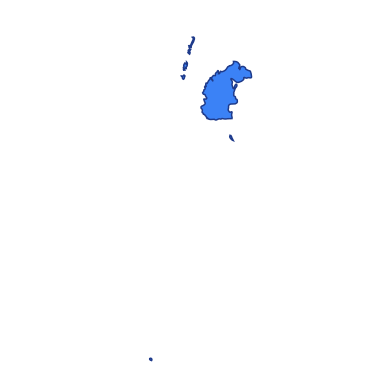 SVG path tracing the border of Western, rotated 341°
{"feature_id": "FJI-2620", "entity_name": "Western", "entity_type": "Division", "adm_level": 1, "iso_a3": "FJI", "parent_name": "Fiji", "parent_adm1": "", "projection": "natural_earth1", "projection_center": [177.638, -19.194], "detail": "fine", "context": "isolated", "style": "filled", "palette": "blue", "viewbox_px": 384, "rotation_deg": 341, "n_neighbors": 0, "source": "natural_earth", "source_scale": "10m", "svg_char_len": 4924}
<svg xmlns="http://www.w3.org/2000/svg" viewBox="0 0 384 384"><g transform="rotate(341 192 192)"><path d="M253.7,135.6L249.5,134.3L248.3,134.1L246.9,133.7L244.3,132.3L243.1,132.5L241.6,131.7L241.0,131.6L238.5,131.8L238.0,131.7L237.5,131.4L237.2,131.1L236.9,130.7L236.7,130.5L233.2,129.5L231.7,128.7L230.6,126.9L230.2,127.3L230.0,126.7L230.0,125.6L229.9,124.9L229.7,124.6L229.5,124.3L229.3,123.9L229.2,123.1L229.0,122.8L228.1,122.2L228.1,121.9L228.3,121.4L228.0,120.9L227.7,120.5L227.5,119.8L227.7,119.4L228.3,118.4L228.5,117.8L228.5,117.0L228.3,116.6L228.0,116.2L227.9,115.6L228.2,114.5L229.0,114.0L231.2,113.8L232.6,113.2L232.9,113.0L233.4,112.4L233.5,111.9L233.4,111.5L233.3,110.9L233.3,108.8L233.4,108.1L233.6,108.0L233.9,108.1L235.6,108.7L236.0,108.6L236.5,108.1L236.6,107.7L236.4,107.3L236.3,106.8L236.2,106.2L236.0,105.1L236.0,104.5L235.8,103.9L235.5,103.7L235.0,103.5L234.6,103.1L234.3,101.7L234.9,101.2L235.8,100.7L236.3,99.7L236.5,99.3L237.6,99.0L238.0,98.7L238.2,98.0L238.1,97.4L238.1,96.8L238.7,96.3L239.2,97.0L239.7,96.8L239.9,96.2L239.7,95.5L240.1,94.6L240.5,93.9L240.9,93.6L241.4,94.3L241.7,94.3L243.7,92.3L245.8,91.0L245.9,90.7L246.1,90.6L246.1,90.3L246.2,90.1L246.6,89.9L246.9,90.0L247.3,90.1L247.4,90.3L247.0,90.8L247.1,91.8L247.5,92.9L247.8,93.5L248.1,93.1L247.8,92.4L247.6,91.7L247.6,91.1L247.8,90.3L248.1,90.0L249.8,89.0L250.1,88.8L252.0,89.5L252.2,89.2L252.4,88.6L252.6,87.9L252.8,87.6L253.2,87.4L253.5,87.1L253.9,86.9L254.9,86.7L255.1,86.4L255.2,86.1L255.8,85.9L256.0,85.7L256.2,85.8L256.2,86.6L256.2,87.2L256.0,87.8L255.8,88.3L255.5,88.8L256.3,89.0L257.0,88.6L257.6,87.8L258.3,87.2L259.3,88.0L260.8,88.1L262.2,87.9L263.3,87.6L264.7,86.8L265.3,86.3L265.9,85.8L266.5,85.3L267.6,85.2L268.4,84.8L270.0,85.1L271.8,84.7L273.3,83.7L273.7,82.0L274.8,82.4L276.2,83.1L277.3,84.1L277.8,85.0L277.9,85.7L278.5,86.8L278.5,87.6L278.1,88.2L276.9,89.6L276.5,90.3L277.0,90.7L277.1,91.1L276.9,91.6L276.5,91.9L277.1,91.8L278.5,90.0L279.3,89.5L280.5,89.7L281.5,90.1L282.3,90.9L282.9,91.9L282.9,92.4L282.8,93.1L282.9,93.5L283.1,93.6L283.9,94.5L284.1,94.7L284.2,94.9L286.3,96.5L286.5,96.9L286.4,99.5L285.9,102.1L285.7,102.7L285.4,103.1L285.0,103.2L284.4,103.1L283.3,102.6L282.9,102.4L282.5,102.2L282.1,102.1L281.2,102.2L280.7,102.1L280.2,101.9L279.0,100.9L278.7,100.7L278.3,100.7L278.1,100.9L278.0,101.1L278.0,101.4L277.9,101.6L277.9,101.9L277.7,102.1L277.2,102.6L276.4,102.9L274.9,103.4L272.1,103.5L271.2,103.4L270.5,103.1L270.0,102.8L269.6,102.3L269.2,101.8L267.9,99.5L266.9,98.1L266.4,97.7L265.9,97.5L265.6,97.8L265.5,98.3L265.6,98.9L266.0,100.0L266.0,100.6L266.0,101.1L265.8,101.6L265.1,102.8L264.8,103.4L264.7,104.0L264.6,107.2L264.7,107.5L264.8,107.7L264.9,107.8L265.1,107.8L265.3,107.6L265.6,107.4L267.0,105.6L267.5,105.1L267.9,104.8L268.4,104.5L268.8,104.4L269.1,104.6L269.2,104.8L269.3,105.3L269.2,105.8L268.9,106.4L268.2,107.1L267.3,107.6L266.2,108.6L263.9,111.5L263.7,111.8L263.6,112.5L263.5,113.0L263.2,113.4L263.0,113.8L262.9,114.3L262.9,114.7L263.2,115.1L263.5,115.4L263.9,115.9L264.0,116.4L263.8,117.2L263.7,117.6L263.7,118.1L264.0,118.5L264.3,118.7L264.6,119.1L264.7,119.5L264.7,119.9L264.2,121.6L263.8,122.0L263.4,122.3L262.2,122.6L261.7,122.7L261.2,122.6L257.4,121.5L256.8,121.4L256.2,121.5L255.3,121.8L254.8,122.2L254.5,122.7L254.1,123.9L253.9,124.4L253.2,125.5L253.0,126.0L252.9,126.4L253.0,127.0L253.3,128.2L253.5,128.6L253.6,128.8L253.9,128.9L254.3,129.0L255.4,129.0L255.7,129.1L255.8,129.4L255.8,129.7L254.7,131.6L254.5,132.1L254.4,132.5L254.2,134.1L254.1,134.8L253.7,135.6ZM228.5,69.3L228.7,68.9L229.2,67.3L229.5,68.0L229.5,68.8L229.3,69.5L228.9,70.1L228.5,71.1L227.0,72.3L226.8,73.2L226.6,73.0L226.4,72.9L226.1,72.4L225.7,72.8L225.3,73.2L225.1,73.7L225.1,74.4L223.8,74.1L223.8,73.6L224.3,73.6L224.5,73.6L224.3,73.1L224.2,72.3L224.3,71.6L224.6,71.2L225.1,71.0L225.3,70.5L225.3,69.8L225.5,69.3L225.9,68.9L226.9,67.9L227.3,67.7L227.4,67.9L228.0,69.0L228.2,69.3L228.5,69.3ZM242.7,45.8L243.7,45.9L244.2,46.4L244.4,47.2L244.0,48.2L243.7,48.8L242.9,49.5L242.7,50.0L242.5,50.3L239.4,53.1L238.7,54.0L238.3,55.0L237.8,54.7L237.7,54.6L237.4,54.9L237.1,55.2L236.6,55.3L236.3,55.0L236.3,54.6L236.6,53.2L236.6,52.6L237.0,52.6L237.6,53.3L238.5,52.8L240.4,50.6L242.6,48.4L243.3,47.1L242.7,45.8ZM219.7,78.8L221.0,79.4L221.6,79.3L222.5,78.8L223.1,80.0L222.8,80.1L222.6,80.3L222.6,80.5L221.9,81.7L221.2,82.4L220.6,82.6L220.1,82.0L220.0,81.1L220.2,80.3L220.3,79.6L219.7,79.2L219.7,78.8ZM247.1,151.2L247.3,151.9L247.4,152.6L247.4,154.0L247.8,156.8L247.1,156.2L246.5,155.3L246.0,154.2L245.7,153.2L245.6,152.3L245.7,151.9L246.4,150.8L246.6,151.0L246.9,151.1L247.1,151.2ZM237.0,56.9L235.4,58.3L235.0,58.9L235.6,59.3L235.5,59.8L235.2,60.2L234.9,60.6L234.6,60.9L234.4,60.6L234.1,60.1L233.5,58.9L233.8,58.4L234.9,57.7L234.6,56.8L235.2,56.5L236.2,56.6L237.0,56.9ZM98.9,338.2L97.9,337.4L97.5,336.5L97.8,335.7L98.8,335.7L99.4,336.2L99.6,336.9L99.4,337.7L98.9,338.2Z" fill="#3b82f6" stroke="#1e3a8a" stroke-width="1.5"/></g></svg>